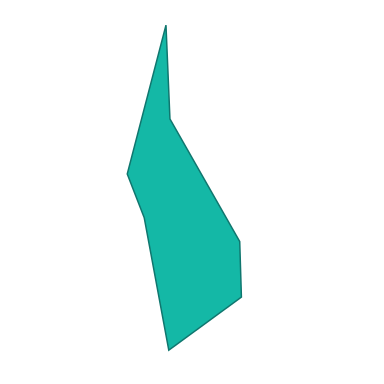 American Samoa, orthographic projection, rotated 280°
{"feature_id": "ASM", "entity_name": "American Samoa", "entity_type": "country or territory", "adm_level": 0, "iso_a3": "ASM", "parent_name": "Oceania", "parent_adm1": "", "projection": "orthographic", "projection_center": [-170.708, -14.309], "detail": "fine", "context": "isolated", "style": "filled", "palette": "teal", "viewbox_px": 384, "rotation_deg": 280, "n_neighbors": 0, "source": "natural_earth", "source_scale": "50m", "svg_char_len": 265}
<svg xmlns="http://www.w3.org/2000/svg" viewBox="0 0 384 384"><g transform="rotate(280 192 192)"><path d="M151.5,247.6L97.1,258.9L32.2,196.6L158.4,149.4L198.5,125.1L351.8,137.4L260.1,157.6L151.5,247.6Z" fill="#14b8a6" stroke="#0f766e" stroke-width="1.5"/></g></svg>